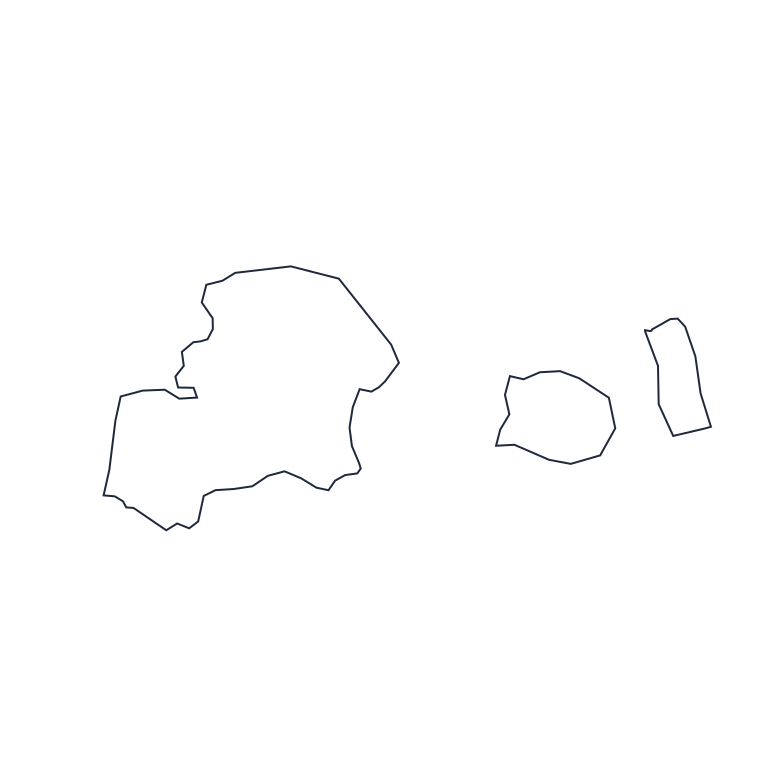 the border of Comrat, rotated 249°
{"feature_id": "MDA-1626", "entity_name": "Comrat", "entity_type": "Autonomous Territory", "adm_level": 1, "iso_a3": "MDA", "parent_name": "Moldova", "parent_adm1": "", "projection": "robinson", "projection_center": [28.549, 46.002], "detail": "fine", "context": "isolated", "style": "outline", "palette": "slate", "viewbox_px": 768, "rotation_deg": 249, "n_neighbors": 0, "source": "natural_earth", "source_scale": "10m", "svg_char_len": 1242}
<svg xmlns="http://www.w3.org/2000/svg" viewBox="0 0 768 768"><g transform="rotate(249 384 384)"><path d="M380.5,82.3L402.1,96.7L446.2,120.2L466.7,133.7L464.3,156.4L457.2,177.3L443.7,187.6L438.3,204.6L448.7,204.9L454.5,190.5L465.7,191.9L472.7,203.6L486.4,206.8L491.3,220.9L489.6,227.8L489.0,235.3L496.6,243.9L506.8,247.6L525.4,243.1L540.3,253.7L538.3,270.2L541.1,284.9L527.2,339.2L498.5,379.6L418.2,404.8L398.4,405.5L386.1,386.0L382.8,378.1L381.4,369.5L387.9,359.4L373.6,346.6L355.7,336.2L337.5,331.8L318.9,332.4L313.3,331.9L310.1,327.0L312.9,315.1L311.3,303.7L304.7,294.1L311.5,283.7L325.6,272.9L338.1,259.9L339.9,242.7L335.7,224.5L339.8,206.1L345.3,188.6L344.1,175.6L322.3,161.3L319.1,150.4L327.9,140.9L325.5,128.3L358.1,105.7L361.2,99.1L368.0,98.3L375.6,92.4L380.5,82.3ZM290.6,589.0L259.7,584.0L239.9,560.2L242.5,529.7L254.1,510.9L280.5,484.0L286.2,466.5L299.8,476.2L310.8,490.2L330.4,493.0L346.2,504.4L338.4,516.0L339.1,533.7L332.9,553.0L319.4,568.3L290.6,589.0ZM340.7,647.0L338.0,651.5L337.9,652.8L338.9,653.9L342.0,674.5L339.8,681.6L329.6,685.7L298.3,684.6L261.8,676.2L227.0,673.9L226.9,673.9L227.5,667.5L231.9,635.4L266.7,633.2L302.7,646.3L339.5,646.6L340.4,646.9L340.7,647.0Z" fill="none" stroke="#1e293b" stroke-width="2"/></g></svg>